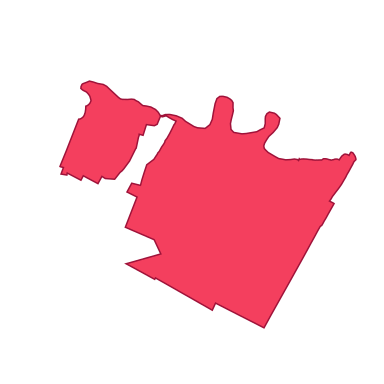 Dranic, Dolj, Romania (orthographic projection), rotated 291°
{"feature_id": "2599482B41865085519880", "entity_name": "Dranic", "entity_type": "district", "adm_level": 2, "iso_a3": "ROU", "parent_name": "Romania", "parent_adm1": "Dolj", "projection": "orthographic", "projection_center": [23.87, 44.068], "detail": "fine", "context": "isolated", "style": "filled", "palette": "rose", "viewbox_px": 384, "rotation_deg": 291, "n_neighbors": 0, "source": "geoboundaries", "source_scale": "gbopen_adm2", "svg_char_len": 4026}
<svg xmlns="http://www.w3.org/2000/svg" viewBox="0 0 384 384"><g transform="rotate(291 192 192)"><path d="M286.3,325.6L286.3,325.8L286.1,325.9L285.8,325.9L285.5,325.9L285.0,325.8L282.4,325.5L282.5,325.0L282.5,324.6L282.7,324.2L282.7,323.8L282.6,323.0L282.5,322.6L282.4,321.8L282.3,321.4L282.0,320.9L281.8,320.6L281.6,320.4L281.2,320.2L280.5,319.8L280.1,319.5L279.7,319.2L279.4,319.1L278.8,318.9L277.5,318.5L276.5,318.3L275.7,318.1L274.8,318.0L274.8,317.7L274.8,317.3L274.8,316.8L274.8,316.4L274.8,316.0L274.6,315.5L274.5,315.0L274.4,314.6L274.2,314.3L273.9,313.7L273.6,313.2L273.1,312.8L272.8,312.3L272.5,311.8L272.1,311.2L271.6,310.6L271.5,310.3L271.6,310.1L271.6,309.6L271.6,309.3L271.5,309.0L271.4,308.6L271.3,308.1L271.3,307.3L271.2,306.2L271.0,305.2L270.7,304.2L270.3,303.1L270.0,302.7L269.6,302.4L269.2,302.2L268.7,301.8L268.3,301.5L268.2,301.4L268.1,301.1L268.0,300.9L268.0,300.5L267.5,299.4L267.0,298.2L266.6,297.3L266.4,296.6L266.0,295.9L265.7,294.8L265.3,293.3L265.2,292.9L265.3,292.6L265.1,292.1L264.9,291.4L264.5,290.2L264.1,288.6L263.8,287.3L262.8,284.2L262.0,282.4L261.1,281.0L261.5,280.2L259.6,280.2L260.1,278.9L259.5,275.8L257.6,272.4L255.6,267.9L255.1,265.0L254.3,261.0L254.8,257.2L256.2,248.9L257.4,246.1L258.5,243.9L260.7,242.5L263.6,242.3L267.3,242.9L271.4,243.8L276.6,246.4L282.6,248.5L286.4,248.7L292.3,247.7L294.6,243.0L295.1,240.7L294.4,235.6L292.0,233.9L288.9,233.5L286.7,234.1L282.0,235.9L277.7,236.4L274.3,233.2L271.5,230.9L266.1,221.8L264.2,217.8L262.6,209.6L264.4,206.0L269.6,203.4L273.6,202.7L279.3,202.0L282.7,201.5L285.3,200.1L290.1,198.3L291.7,196.3L292.5,194.0L293.0,190.8L292.4,186.6L291.2,183.7L288.1,181.8L282.9,181.9L273.7,183.5L267.1,184.9L261.3,184.6L256.1,181.5L253.9,174.1L253.8,170.4L255.6,160.7L257.3,156.4L257.5,150.0L256.4,143.4L254.7,139.3L252.5,136.8L252.1,134.8L254.4,131.8L255.9,128.5L256.6,123.2L255.9,118.6L255.1,115.4L255.1,114.9L255.9,112.5L257.0,109.6L257.2,107.0L257.7,104.9L257.0,102.2L255.3,98.7L253.5,93.7L253.3,91.9L253.5,91.0L254.0,89.3L257.0,81.9L258.7,77.7L260.1,74.4L260.6,70.6L259.5,65.0L259.3,60.5L258.8,56.5L257.3,55.0L256.0,53.6L254.6,52.0L253.7,51.1L253.0,50.7L252.0,50.7L250.8,50.6L250.3,50.7L249.8,50.9L248.9,51.1L248.5,52.0L248.0,53.5L247.8,54.9L247.7,56.2L247.5,57.7L246.6,59.6L245.6,61.2L244.8,62.3L243.5,63.3L241.3,64.9L240.3,65.0L238.6,64.9L237.3,64.5L236.2,64.0L234.6,62.8L234.1,62.1L231.1,63.1L229.2,63.5L228.1,63.8L226.7,63.8L225.3,63.9L223.8,63.7L222.5,63.2L221.4,62.5L220.7,62.0L219.9,61.1L219.4,60.1L218.5,60.1L185.2,59.9L170.5,59.6L168.5,59.6L168.4,60.0L168.8,63.2L161.8,63.3L163.0,69.1L165.0,68.7L163.2,84.1L168.2,84.7L167.5,89.8L167.5,90.0L166.1,101.2L174.3,102.3L173.5,106.2L176.2,115.2L176.4,115.3L184.5,117.8L186.7,119.1L189.1,120.0L198.5,122.6L212.2,123.9L212.9,124.2L224.0,122.4L225.0,122.4L225.7,122.4L227.0,122.0L227.4,126.0L238.6,125.3L240.4,133.1L242.7,135.2L251.3,135.4L251.6,137.5L253.9,140.6L253.3,143.7L252.7,147.7L252.5,151.7L249.4,151.5L248.4,151.1L243.4,150.7L238.6,150.2L233.2,149.4L230.3,148.5L228.6,148.7L226.6,148.4L223.0,147.5L218.3,146.9L215.9,146.0L215.0,146.1L213.1,145.6L208.8,144.7L205.9,142.9L201.2,140.0L192.9,140.4L185.2,140.9L179.9,141.5L179.7,141.4L178.6,132.6L168.7,131.3L167.6,142.5L135.2,142.4L133.9,173.8L123.0,185.1L101.4,156.2L97.1,188.5L98.7,188.7L93.9,220.5L88.9,253.3L96.7,253.8L93.8,281.2L91.0,307.9L105.7,309.9L131.9,313.7L143.6,315.4L171.1,319.3L179.9,320.5L186.8,321.4L193.1,322.3L200.9,323.3L205.5,324.0L206.1,324.2L206.4,324.4L206.7,324.6L206.9,324.9L207.3,325.1L209.6,325.5L212.2,325.8L216.1,326.5L220.0,327.0L232.1,328.8L232.3,328.0L232.5,326.4L232.7,324.3L232.8,323.6L233.1,323.7L234.8,324.2L236.6,324.5L238.1,324.7L240.4,325.4L243.9,326.4L247.5,327.5L252.6,328.8L258.8,329.8L259.2,329.9L261.1,330.2L263.7,330.4L267.2,331.0L271.0,331.5L272.5,331.7L275.3,332.1L278.2,332.3L279.2,332.7L279.9,333.0L280.5,333.2L280.7,333.4L281.0,333.4L281.4,333.3L282.7,332.4L283.7,331.6L284.9,330.1L286.2,328.2L286.3,327.5L286.2,326.6L286.3,325.6Z" fill="#f43f5e" stroke="#9f1239" stroke-width="1.5"/></g></svg>